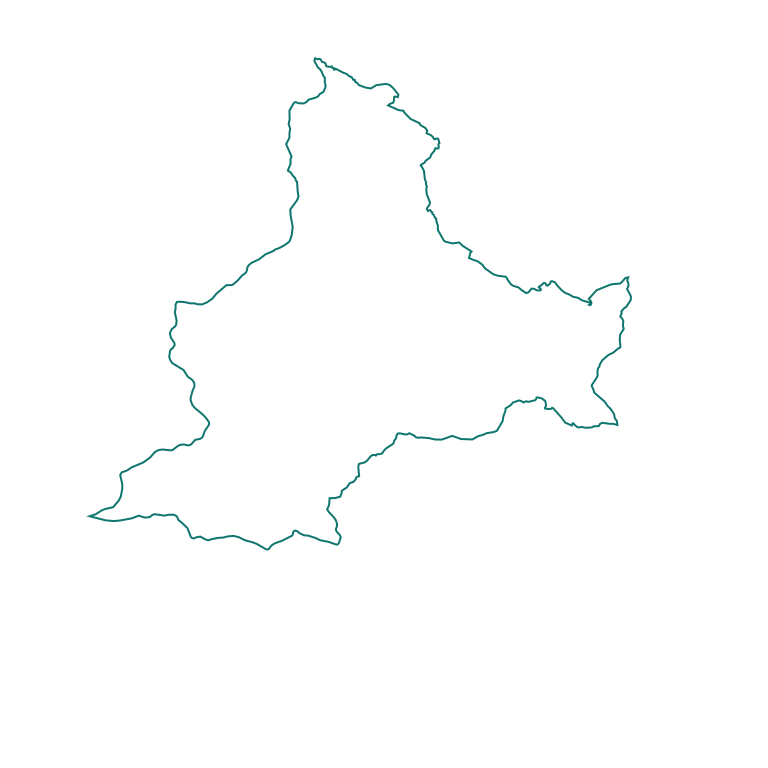 the district of Aranzazu, Caldas, Colombia, rotated 120°
{"feature_id": "7082276B40777763958503", "entity_name": "Aranzazu", "entity_type": "district", "adm_level": 2, "iso_a3": "COL", "parent_name": "Colombia", "parent_adm1": "Caldas", "projection": "natural_earth1", "projection_center": [-75.49, 5.279], "detail": "fine", "context": "isolated", "style": "outline", "palette": "teal", "viewbox_px": 768, "rotation_deg": 120, "n_neighbors": 0, "source": "geoboundaries", "source_scale": "gbopen_adm2", "svg_char_len": 6166}
<svg xmlns="http://www.w3.org/2000/svg" viewBox="0 0 768 768"><g transform="rotate(120 384 384)"><path d="M645.7,572.8L641.3,557.0L637.8,549.5L634.4,544.6L626.5,535.3L620.6,530.5L619.4,524.7L618.5,523.1L616.3,520.3L613.0,519.0L611.5,517.7L607.7,508.2L604.8,505.0L602.3,500.6L602.2,497.2L604.7,493.7L605.1,490.2L607.1,482.1L612.7,475.2L613.3,474.0L613.2,472.6L612.8,471.5L610.6,469.9L608.0,466.8L607.9,461.0L607.2,458.1L604.1,455.2L600.1,450.5L597.1,446.1L594.3,443.4L590.7,438.2L589.3,433.4L588.8,426.2L586.9,419.0L586.1,414.4L586.1,404.4L585.8,402.4L584.5,401.2L580.4,400.8L577.0,399.2L570.7,393.9L561.5,387.9L560.4,387.7L557.1,388.6L555.5,387.9L554.9,385.6L555.4,382.9L555.1,377.8L553.3,374.1L551.6,366.3L551.2,361.2L548.5,353.2L546.8,344.6L545.5,343.7L544.2,343.6L538.4,344.8L536.9,346.6L535.8,350.5L534.5,352.6L533.8,353.1L531.1,353.5L528.3,355.0L526.0,357.7L524.4,361.2L522.4,367.8L521.0,370.6L516.4,371.0L510.0,374.0L507.3,369.4L503.5,365.6L499.9,366.1L497.4,367.1L492.2,364.5L486.9,364.1L484.1,361.5L480.7,360.9L478.6,361.3L476.2,359.5L468.6,364.9L465.7,365.7L461.3,361.3L458.7,360.3L452.9,359.3L451.3,358.4L450.0,356.3L450.0,355.3L448.7,355.2L446.4,352.1L445.0,351.0L440.8,350.6L438.1,349.7L431.1,346.1L428.1,346.8L425.2,346.4L421.5,347.6L419.8,347.1L418.8,345.6L417.0,340.2L415.8,338.5L414.0,337.5L413.6,331.7L414.1,330.1L413.7,328.0L411.3,324.2L408.5,318.3L406.5,312.0L403.3,306.2L395.3,299.4L394.6,298.2L393.2,289.9L387.8,279.7L382.0,276.3L379.8,274.0L375.0,270.2L370.8,265.0L368.0,262.8L356.9,262.7L352.4,264.4L346.3,265.5L344.4,266.5L339.0,263.7L335.7,263.1L330.7,258.9L330.2,256.7L330.2,253.9L328.0,252.4L327.3,250.1L322.7,245.2L321.3,244.7L319.4,245.1L319.0,244.7L317.6,240.3L318.0,236.4L318.8,235.1L321.5,232.9L324.5,232.6L324.7,232.2L323.4,229.0L322.1,227.0L320.6,226.6L320.4,225.5L324.0,214.4L326.8,207.9L326.2,201.1L325.9,200.5L323.8,201.0L323.4,200.5L324.4,197.1L324.6,194.7L324.2,193.4L322.4,191.4L321.0,187.2L318.0,182.8L316.6,181.4L315.8,181.3L313.1,177.0L310.8,177.0L308.6,175.8L305.4,168.1L303.9,165.7L302.8,161.4L299.9,163.6L299.1,164.7L298.8,166.0L297.3,167.9L295.7,169.0L294.4,170.9L292.1,175.7L291.3,179.2L288.9,184.2L286.4,197.4L283.3,200.9L282.4,202.5L281.2,203.5L272.2,202.9L270.0,203.2L266.0,205.6L263.6,206.5L261.0,206.2L259.2,206.9L254.2,206.8L246.7,204.2L242.1,201.1L236.0,198.9L234.7,197.8L233.6,197.8L227.6,202.1L223.1,204.2L216.6,203.9L213.4,206.7L209.9,208.1L208.5,210.0L207.3,213.2L204.0,213.4L202.6,214.7L198.7,214.1L196.1,212.8L188.0,212.3L185.1,213.7L184.0,214.9L180.2,221.0L176.9,221.3L174.5,222.9L172.8,225.1L169.5,225.9L171.7,228.0L176.9,229.0L179.1,229.9L182.4,234.9L184.9,237.7L196.5,246.8L207.9,249.2L209.1,245.8L209.9,245.0L211.6,244.4L212.9,245.2L212.9,245.9L211.7,245.1L210.7,245.2L210.7,246.9L212.5,254.1L212.3,259.0L213.9,263.7L213.9,268.8L214.5,272.3L214.0,276.8L212.2,282.8L210.4,286.8L211.0,290.1L212.0,290.8L214.2,290.4L217.1,291.6L217.3,292.8L216.2,294.3L216.2,295.3L216.8,296.2L219.8,297.1L221.9,298.4L222.9,298.3L223.1,296.1L223.6,295.5L224.7,295.3L226.5,298.5L226.5,301.5L227.6,303.9L232.2,304.7L234.2,306.2L233.9,311.8L233.1,315.8L234.3,320.9L234.3,323.4L233.1,326.6L230.2,332.1L233.2,339.2L234.3,344.3L233.4,353.9L232.5,356.6L231.5,358.1L231.1,362.5L231.0,365.2L231.8,368.2L232.4,373.4L227.2,374.8L225.5,374.4L225.0,384.7L223.9,389.7L228.1,395.1L230.0,402.0L230.0,403.7L223.7,414.3L219.6,416.8L217.0,419.9L214.7,421.5L214.6,422.9L212.7,425.5L212.5,427.2L211.2,427.9L211.2,429.3L210.4,430.5L210.4,431.3L212.2,432.4L211.1,434.3L209.6,434.7L205.7,434.2L203.6,435.1L198.0,442.2L193.5,445.1L191.5,445.6L189.9,447.7L188.3,448.3L186.5,450.8L179.5,455.9L177.1,459.6L176.4,461.5L175.7,461.6L172.1,459.6L169.7,459.5L164.8,457.3L161.2,457.8L157.4,457.0L154.1,457.4L153.3,455.3L152.6,454.6L151.0,455.3L149.7,456.5L148.6,456.8L147.7,456.4L144.8,459.3L144.6,460.5L146.9,462.8L145.6,465.4L145.0,467.9L145.6,472.0L145.4,472.6L143.1,473.1L141.6,476.2L141.6,481.2L141.3,482.6L140.4,483.4L141.2,493.4L138.9,501.7L137.7,503.9L139.5,508.3L140.7,519.7L138.5,519.0L135.8,516.7L134.4,516.8L130.3,518.7L129.5,518.1L128.6,515.5L126.2,516.2L123.2,523.8L122.3,528.1L122.6,530.8L123.5,532.9L129.2,540.2L134.6,543.1L136.6,548.5L137.7,555.1L136.5,558.5L136.8,560.0L135.3,561.2L135.9,562.8L134.5,565.3L134.8,568.5L134.1,571.3L134.8,574.6L135.1,583.3L136.2,583.7L136.7,584.6L135.5,585.2L136.0,587.1L135.1,588.1L136.2,589.0L137.5,592.1L137.4,593.4L135.6,594.8L135.4,596.6L136.0,598.9L134.6,601.0L134.7,602.5L135.9,603.6L136.4,606.6L138.4,606.1L139.4,605.3L142.9,599.5L143.4,596.8L144.4,594.6L147.3,590.9L148.3,588.4L152.2,586.2L154.1,584.3L155.9,583.2L161.2,582.5L165.1,584.6L167.7,584.9L169.5,585.8L175.7,591.6L178.2,592.0L181.1,593.7L183.7,598.6L183.9,601.2L184.8,602.2L185.9,602.6L194.5,602.6L202.2,597.9L206.4,596.7L209.9,592.8L213.6,591.5L218.1,589.0L225.2,588.7L233.2,577.8L235.8,577.5L240.1,575.0L247.3,574.0L247.5,570.4L249.2,567.1L249.9,564.3L252.2,561.5L252.3,560.4L259.5,555.7L264.5,551.7L268.5,551.2L279.7,552.4L284.8,549.1L293.6,541.6L301.2,538.4L305.9,537.3L308.4,537.3L313.3,539.4L318.4,542.5L321.9,545.5L324.1,546.3L331.0,551.5L338.4,554.5L345.3,559.3L348.8,560.6L351.5,560.5L354.4,559.5L356.8,559.3L361.0,561.2L367.4,562.4L373.4,564.5L374.7,565.6L377.2,569.9L389.7,574.3L396.1,575.4L401.8,578.1L406.1,581.4L408.2,585.5L409.1,588.9L410.7,591.4L412.9,597.8L414.9,602.2L416.6,604.4L419.8,604.1L422.4,602.4L426.5,601.0L432.9,595.2L436.5,593.7L438.6,593.7L442.7,595.3L447.2,594.8L450.4,591.7L453.3,586.0L454.8,584.8L458.8,584.9L460.5,585.8L462.2,585.8L467.9,583.6L470.4,580.7L471.8,577.6L472.1,564.6L475.9,557.4L476.1,553.2L477.1,550.2L478.4,548.5L481.0,546.9L484.6,546.6L492.3,544.7L494.7,543.3L496.9,540.9L497.9,539.5L499.3,536.1L501.1,525.4L502.3,521.4L504.5,516.6L505.5,515.7L507.1,515.2L514.4,515.7L519.5,514.7L521.5,514.8L523.4,515.8L526.8,519.6L532.3,520.7L534.1,521.7L535.2,523.1L536.3,526.7L538.3,529.8L540.3,531.3L547.0,534.2L548.0,535.4L551.6,543.3L554.0,546.3L557.4,548.4L564.6,549.8L572.4,553.3L582.3,560.8L587.4,563.3L591.7,567.0L594.7,567.0L601.6,560.6L605.5,558.3L612.9,555.7L617.5,555.4L626.1,557.0L631.7,563.0L634.7,565.3L640.9,568.5L645.7,572.8Z" fill="none" stroke="#0f766e" stroke-width="2"/></g></svg>